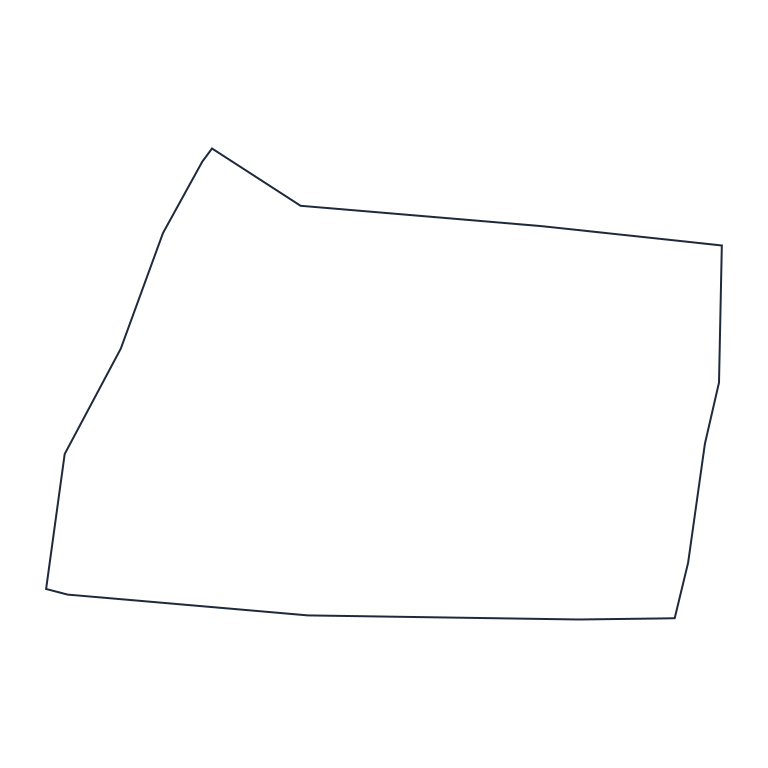 the district of 25, Ad Dawhah, Qatar
{"feature_id": "91078587B27846098888320", "entity_name": "25", "entity_type": "district", "adm_level": 2, "iso_a3": "QAT", "parent_name": "Qatar", "parent_adm1": "Ad Dawhah", "projection": "equal_earth", "projection_center": [51.531, 25.268], "detail": "fine", "context": "isolated", "style": "outline", "palette": "slate", "viewbox_px": 768, "rotation_deg": 0, "n_neighbors": 0, "source": "geoboundaries", "source_scale": "gbopen_adm2", "svg_char_len": 352}
<svg xmlns="http://www.w3.org/2000/svg" viewBox="0 0 768 768"><path d="M721.9,245.5L542.1,226.2L300.6,205.8L212.0,148.5L202.3,161.6L163.0,233.0L120.8,348.6L64.7,454.0L46.1,589.0L67.6,594.6L307.8,615.4L578.8,619.5L665.1,618.4L674.7,618.2L688.1,562.8L704.9,443.8L719.0,382.6L721.8,246.6L721.9,245.5Z" fill="none" stroke="#1e293b" stroke-width="2"/></svg>